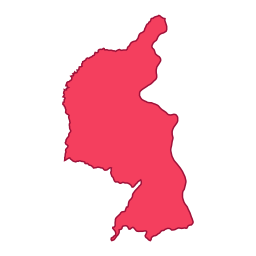 Morada Nova de Minas, Minas Gerais, Brazil
{"feature_id": "56859067B74316667672394", "entity_name": "Morada Nova de Minas", "entity_type": "district", "adm_level": 2, "iso_a3": "BRA", "parent_name": "Brazil", "parent_adm1": "Minas Gerais", "projection": "natural_earth1", "projection_center": [-45.395, -18.563], "detail": "fine", "context": "isolated", "style": "filled", "palette": "rose", "viewbox_px": 256, "rotation_deg": 0, "n_neighbors": 0, "source": "geoboundaries", "source_scale": "gbopen_adm2", "svg_char_len": 5797}
<svg xmlns="http://www.w3.org/2000/svg" viewBox="0 0 256 256"><path d="M187.0,228.0L187.5,227.0L187.9,226.2L188.6,225.5L189.8,225.1L191.4,224.9L192.3,223.9L193.0,222.8L193.1,221.9L192.0,218.4L191.5,217.4L190.0,213.0L187.8,208.4L187.3,207.0L184.8,203.7L183.8,201.8L182.7,198.2L182.5,197.1L182.5,193.7L182.7,192.1L183.0,191.1L184.2,189.3L185.4,184.6L185.9,182.1L185.9,180.9L185.1,177.5L184.8,176.5L182.4,171.4L180.2,168.0L176.8,163.7L174.8,161.4L174.0,160.4L173.3,159.0L172.0,156.3L171.7,155.2L170.8,151.1L170.7,149.8L171.0,147.6L171.3,146.6L171.6,145.1L172.1,141.7L172.7,139.4L173.0,137.9L172.2,134.6L172.1,131.8L172.4,130.4L172.9,129.0L173.8,127.1L176.5,123.4L177.2,122.2L177.7,120.9L177.7,117.7L177.4,116.6L176.7,115.7L176.0,114.8L174.9,114.4L173.8,114.3L170.9,115.0L168.8,114.8L168.0,114.4L167.3,113.8L166.6,113.0L166.0,112.4L164.2,111.1L162.3,109.9L161.4,109.2L159.9,107.7L159.1,106.7L158.2,105.7L157.1,105.0L154.8,104.0L153.7,103.7L151.6,102.8L148.7,102.6L147.7,102.4L146.9,102.1L145.8,101.4L144.8,101.1L142.0,99.6L140.8,98.2L139.5,95.6L139.6,92.8L140.0,91.5L141.6,89.9L143.1,88.8L147.1,86.2L148.1,85.4L149.7,84.6L151.2,83.6L152.9,82.0L153.7,81.1L154.8,80.2L155.8,79.3L156.4,78.2L156.7,77.3L156.7,75.9L156.6,74.6L156.3,73.3L156.2,71.6L156.2,69.9L156.5,68.5L156.8,67.0L159.3,63.2L160.5,61.1L160.7,60.2L160.6,59.1L160.3,58.2L159.2,56.7L157.4,55.6L155.6,54.0L155.2,53.1L154.6,51.2L154.2,50.0L153.5,49.1L152.5,48.2L151.9,46.9L152.0,45.5L153.0,43.3L153.6,42.5L154.5,41.6L156.3,40.3L156.9,39.3L157.9,36.8L159.0,35.2L160.4,34.0L162.1,33.2L162.9,33.1L164.0,32.6L166.1,31.3L166.7,29.7L166.7,27.4L166.7,26.4L166.3,25.0L164.8,20.5L165.0,18.6L163.3,18.3L161.1,16.9L159.9,15.8L158.8,15.4L157.7,16.2L156.7,16.4L154.7,17.0L153.9,17.5L153.1,18.3L152.1,18.3L151.2,18.7L150.6,20.6L150.1,21.6L149.0,22.1L148.5,23.2L148.0,23.8L147.1,24.2L146.5,25.1L146.0,26.2L145.6,27.3L144.9,28.5L144.3,30.8L143.7,31.4L142.8,32.1L141.8,32.7L140.6,33.1L139.5,34.2L138.9,35.4L138.0,38.3L136.3,40.6L135.5,41.0L133.4,41.5L132.5,41.9L131.6,42.4L130.7,43.2L129.6,45.3L129.0,46.1L128.2,46.7L127.6,47.5L127.3,49.0L126.3,50.0L123.2,50.0L122.1,50.3L120.9,50.3L119.5,49.5L118.4,49.8L116.6,50.7L115.7,51.4L114.6,50.9L113.2,50.8L111.2,50.2L108.8,50.4L106.9,49.7L105.7,49.9L104.6,49.7L104.2,48.6L103.4,48.4L102.3,49.3L101.3,49.4L100.2,49.3L99.1,49.6L98.3,50.3L98.3,51.7L97.4,52.6L96.3,52.7L95.2,52.4L94.7,53.4L94.6,54.6L94.0,55.3L92.8,55.7L91.9,56.7L91.0,57.0L90.1,57.4L88.9,58.4L87.6,58.0L86.4,58.5L85.8,59.9L83.7,61.3L82.7,61.7L82.5,63.1L81.8,63.9L81.9,66.4L80.7,66.8L79.3,66.9L79.0,68.3L78.8,69.6L78.2,70.1L77.1,70.0L77.4,71.3L76.8,72.7L75.7,72.8L74.8,72.0L74.6,73.2L73.7,73.2L72.8,73.8L73.7,74.8L73.2,75.8L71.9,75.9L70.8,76.2L71.9,77.5L71.7,79.2L71.2,80.1L70.2,80.5L69.6,81.3L68.8,81.7L67.9,81.8L66.9,82.5L66.7,83.5L66.2,84.4L65.9,85.6L67.0,85.4L67.2,86.9L68.5,87.5L66.3,88.7L66.5,89.8L65.3,90.0L64.3,89.6L64.5,90.7L63.8,91.9L63.6,93.3L64.4,94.2L64.0,95.4L63.0,96.8L64.0,97.1L64.8,97.5L65.0,98.6L64.2,99.7L64.2,101.2L64.1,102.1L63.2,102.2L62.9,103.2L62.9,104.4L64.1,105.4L64.5,106.7L65.3,107.3L65.3,108.5L65.9,109.6L65.6,112.5L66.4,113.5L67.5,114.3L68.4,114.7L69.1,115.5L68.6,116.9L69.0,118.7L69.6,120.3L69.8,121.7L70.1,122.8L69.5,123.6L69.3,125.0L69.6,126.7L69.6,127.9L69.8,128.9L70.4,129.9L70.8,130.9L70.5,131.8L69.1,133.5L68.8,134.4L68.8,135.8L68.4,136.7L67.4,137.7L66.6,139.0L66.0,140.0L65.9,141.5L65.3,142.6L65.7,143.8L66.3,144.5L67.3,145.0L68.0,145.8L67.8,147.0L67.2,147.8L66.4,148.6L65.8,149.4L65.6,150.7L66.0,152.0L65.5,153.0L65.3,153.9L65.1,156.5L64.7,157.6L64.8,158.6L64.6,160.5L65.8,160.0L66.8,159.2L68.8,158.1L69.8,157.9L70.5,159.0L71.4,159.6L72.7,160.8L73.7,161.3L75.8,161.9L77.0,161.2L78.3,161.3L79.3,160.8L80.4,160.9L81.4,161.4L82.2,161.4L84.1,161.8L84.9,162.3L85.0,163.4L86.1,163.7L87.1,163.4L88.3,164.1L89.0,165.0L91.5,165.7L92.2,166.6L93.0,167.1L93.5,168.0L96.4,167.6L97.4,167.2L98.3,167.1L99.1,167.4L99.9,167.4L101.0,167.9L102.0,167.9L103.1,168.4L103.8,169.5L104.7,170.1L106.0,170.1L107.2,169.8L108.9,168.4L110.1,167.7L111.4,167.9L111.1,169.1L111.3,171.0L110.8,172.0L110.8,173.0L111.1,174.0L111.5,175.0L111.8,176.1L112.4,176.8L113.1,177.4L113.9,179.7L114.5,181.0L115.4,181.9L117.9,181.9L119.8,183.2L120.7,183.3L122.6,182.4L123.8,182.5L125.0,183.0L127.4,183.0L129.4,183.9L130.9,185.1L132.1,187.1L133.4,186.9L134.3,185.9L134.9,185.4L135.3,184.5L136.7,183.4L137.8,181.9L139.0,181.0L140.7,179.9L141.2,181.2L141.3,182.8L141.1,184.0L140.3,185.2L139.3,186.0L138.6,187.0L135.1,190.7L133.1,193.5L132.7,194.3L132.4,196.8L131.7,198.1L131.0,199.0L129.7,200.3L129.0,201.4L128.6,202.8L128.2,205.9L127.6,207.1L126.5,207.1L126.1,208.3L125.6,209.4L125.4,210.8L124.5,211.5L121.9,211.9L120.7,212.9L120.1,214.0L117.1,216.8L115.8,218.3L115.4,219.4L115.4,220.4L115.1,222.9L115.2,225.1L115.0,226.0L114.3,227.0L112.8,227.3L112.7,228.2L114.8,230.7L115.3,231.5L115.6,232.4L115.8,233.7L115.4,235.2L113.5,236.4L113.1,237.2L112.2,237.5L111.3,238.1L111.1,239.7L111.8,240.6L113.5,240.0L114.3,239.5L117.0,235.8L117.7,235.2L118.8,233.4L119.1,232.5L119.2,231.2L119.1,229.8L121.2,229.2L121.9,228.5L122.1,227.4L122.7,226.3L123.9,225.9L125.9,225.7L126.7,225.9L127.6,226.6L129.0,229.1L130.1,229.1L131.7,227.8L132.9,227.3L134.1,228.1L136.0,230.5L137.0,231.2L138.8,231.4L139.9,231.3L142.6,231.3L144.8,230.9L145.8,230.9L146.6,231.5L146.5,233.0L145.8,234.5L145.2,235.6L145.4,236.7L146.2,237.7L147.1,238.2L148.5,239.7L149.4,240.3L150.4,240.6L151.1,239.5L151.3,238.0L152.1,236.9L153.8,235.8L154.7,235.8L155.8,235.5L157.0,234.8L157.7,234.1L159.6,233.0L161.0,231.3L161.9,230.6L163.3,230.5L164.0,230.3L164.7,229.6L167.2,228.5L168.0,228.4L168.9,228.4L169.9,228.6L170.8,229.2L171.6,230.0L172.8,230.0L174.6,229.7L175.4,229.4L176.4,228.8L177.5,228.3L178.7,227.9L181.6,228.4L184.9,227.9L186.0,228.3L187.0,228.0Z" fill="#f43f5e" stroke="#9f1239" stroke-width="1.5"/></svg>